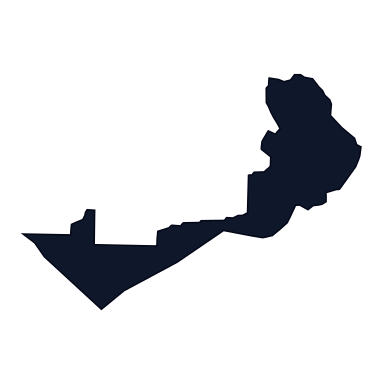 Koneurgenc, Tashauz, Turkmenistan (orthographic projection)
{"feature_id": "10190150B53844356403959", "entity_name": "Koneurgenc", "entity_type": "district", "adm_level": 2, "iso_a3": "TKM", "parent_name": "Turkmenistan", "parent_adm1": "Tashauz", "projection": "orthographic", "projection_center": [58.858, 42.114], "detail": "fine", "context": "isolated", "style": "filled", "palette": "ink", "viewbox_px": 384, "rotation_deg": 0, "n_neighbors": 0, "source": "geoboundaries", "source_scale": "gbopen_adm2", "svg_char_len": 1730}
<svg xmlns="http://www.w3.org/2000/svg" viewBox="0 0 384 384"><path d="M23.0,234.0L34.7,242.9L44.3,256.7L101.4,309.3L124.0,290.7L177.3,262.1L223.6,230.5L252.5,236.0L262.7,237.7L265.8,237.1L272.5,235.5L272.5,235.4L280.2,229.1L287.2,222.8L290.5,216.2L294.0,208.7L294.7,207.3L295.2,205.6L295.5,205.6L295.6,205.3L299.7,205.1L308.0,209.7L313.2,205.6L318.4,205.0L321.9,204.3L325.7,202.0L326.1,201.7L326.1,195.6L325.9,192.7L326.1,192.6L336.5,189.5L338.3,189.5L339.1,189.3L339.6,189.1L352.2,171.6L355.2,167.4L355.8,166.5L356.7,164.2L358.2,160.6L358.7,159.2L359.8,155.9L361.0,146.8L359.2,146.0L356.6,144.6L355.5,141.2L354.9,139.2L354.7,138.4L341.8,127.6L330.5,115.5L330.8,111.4L331.4,104.2L329.8,99.9L324.8,95.2L322.6,90.6L318.9,86.9L312.6,78.8L304.5,77.3L300.6,74.7L294.5,74.7L290.5,80.0L284.0,81.7L278.7,79.5L269.1,78.0L269.0,78.4L268.5,85.8L267.4,86.8L266.2,88.2L266.3,101.0L266.3,102.6L268.8,107.2L270.9,112.3L273.8,117.8L275.0,119.7L277.5,123.8L280.1,128.7L276.9,132.1L275.5,134.2L268.3,130.9L266.5,133.6L266.0,134.7L263.5,138.7L263.5,138.8L262.0,141.5L261.3,147.5L261.4,149.4L270.7,156.8L270.4,165.9L270.0,166.3L270.0,166.8L266.2,169.9L264.2,171.9L254.2,172.2L252.8,173.7L252.2,175.1L250.3,174.9L248.5,175.2L247.5,212.8L242.6,215.4L239.0,215.4L237.7,215.6L233.0,218.0L232.0,217.9L226.6,217.6L224.4,220.4L223.5,220.4L201.0,220.7L199.9,222.3L199.5,222.3L199.3,222.5L183.3,222.8L181.9,224.2L180.7,225.9L173.0,225.3L171.6,225.3L170.9,225.8L168.9,227.8L157.8,231.3L157.1,238.7L156.9,245.6L156.4,245.6L156.3,246.0L94.2,244.7L94.6,214.8L94.7,210.2L87.1,209.7L85.8,211.8L85.5,212.1L84.9,215.2L84.9,215.4L83.6,217.9L82.7,219.6L76.8,222.0L71.5,224.4L71.1,227.9L70.6,234.9L23.0,234.0Z" fill="#0f172a" stroke="#020617" stroke-width="1.5"/></svg>